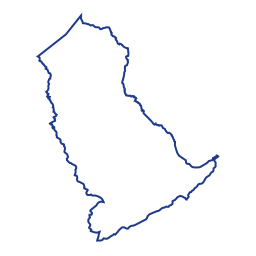 Loreto, Loreto, Peru
{"feature_id": "86281439B27227740990867", "entity_name": "Loreto", "entity_type": "district", "adm_level": 2, "iso_a3": "PER", "parent_name": "Peru", "parent_adm1": "Loreto", "projection": "albers", "projection_center": [-75.325, -3.761], "detail": "fine", "context": "isolated", "style": "outline", "palette": "blue", "viewbox_px": 256, "rotation_deg": 0, "n_neighbors": 0, "source": "geoboundaries", "source_scale": "gbopen_adm2", "svg_char_len": 5718}
<svg xmlns="http://www.w3.org/2000/svg" viewBox="0 0 256 256"><path d="M97.2,240.6L100.6,240.5L102.0,240.2L102.7,239.6L103.0,238.9L103.7,238.4L106.4,238.8L108.2,238.2L110.7,236.3L112.9,235.1L113.7,234.3L114.5,234.2L115.2,234.6L117.8,231.8L119.2,229.9L121.8,227.6L122.5,227.3L124.4,227.4L126.1,228.4L127.8,228.7L129.6,226.8L131.1,225.9L133.9,225.5L135.3,224.9L146.2,219.2L146.8,218.4L147.5,216.4L148.8,214.9L149.9,214.1L156.5,211.3L158.7,210.8L162.6,207.8L164.1,207.7L166.2,206.6L167.8,206.9L168.6,206.8L169.3,205.7L171.1,205.0L172.4,204.0L172.6,203.3L172.5,201.9L172.7,201.0L175.1,199.9L177.5,197.2L178.8,196.5L180.2,195.9L182.6,196.6L183.9,197.5L185.1,197.8L185.7,199.0L186.4,199.6L186.7,199.6L187.1,198.6L188.3,197.4L188.7,196.5L188.3,195.9L188.2,194.9L189.8,192.3L191.2,192.0L192.1,190.6L193.4,190.1L194.5,188.4L196.0,187.4L197.3,186.0L197.8,185.0L199.1,183.9L201.0,183.8L202.4,183.2L203.3,182.2L204.4,180.6L205.1,179.1L206.5,177.2L209.5,175.3L210.6,173.4L211.7,172.2L213.0,171.5L213.4,170.6L213.6,168.3L215.2,167.1L215.7,166.1L215.5,165.3L215.7,162.9L215.4,162.2L214.1,160.4L214.1,159.8L215.5,158.4L218.0,156.7L218.2,156.4L216.9,155.5L216.4,156.0L214.8,157.2L213.0,158.1L212.8,159.4L212.1,160.2L208.7,161.1L207.6,162.4L205.9,163.7L200.2,167.0L199.2,167.3L196.0,167.5L193.6,167.3L192.1,166.9L191.4,166.3L189.3,164.0L187.5,163.8L186.6,163.4L186.2,162.9L185.8,160.3L179.3,155.9L177.8,153.9L176.9,151.9L174.9,145.3L175.0,141.7L174.3,141.4L174.1,139.9L173.7,139.5L172.7,137.0L171.9,136.0L172.1,135.5L171.6,134.8L171.2,134.6L170.6,133.7L169.9,133.2L169.1,133.0L169.0,132.8L167.9,133.0L166.8,132.2L165.4,130.2L164.8,128.8L162.9,128.0L162.0,125.9L161.5,125.4L161.0,125.3L159.7,125.5L159.3,125.3L159.2,125.6L158.4,125.4L158.1,125.0L156.5,124.8L156.0,124.3L155.7,123.6L154.6,124.6L153.9,124.3L151.0,120.7L143.9,113.6L143.5,112.7L143.6,111.5L143.9,111.1L143.2,110.3L142.7,110.3L142.0,110.8L141.7,110.7L141.6,110.3L142.0,109.4L141.4,108.2L141.3,107.1L140.8,105.9L140.9,105.5L140.3,105.3L139.9,104.8L139.7,103.6L138.7,103.1L138.2,103.1L138.1,102.5L137.4,102.0L136.9,102.0L136.4,101.8L136.0,101.4L135.9,100.9L135.4,100.4L135.1,100.5L135.4,99.8L135.4,99.3L136.3,98.4L135.9,97.8L134.9,97.4L134.6,96.9L134.4,97.2L133.9,97.2L133.5,96.8L133.6,96.4L132.8,95.9L131.7,96.4L131.0,96.1L130.8,96.2L130.7,95.9L130.1,95.7L129.4,95.7L128.9,95.9L128.0,95.6L127.5,95.7L126.9,95.3L126.1,95.3L125.9,94.7L125.6,94.4L125.6,93.8L125.0,93.1L124.6,91.8L125.0,90.7L124.4,90.1L124.8,88.7L124.1,87.9L123.6,86.0L123.5,84.3L123.1,83.6L122.4,83.3L122.2,82.2L122.6,80.6L123.0,79.9L122.9,79.3L123.4,78.1L124.1,74.7L124.3,72.4L125.0,71.0L124.9,68.4L125.0,66.4L125.6,65.7L126.5,65.5L127.1,65.0L127.3,64.1L128.0,62.4L127.7,61.1L127.9,60.7L127.8,59.8L127.3,59.6L126.8,59.0L126.0,57.2L126.1,56.7L126.7,56.2L127.2,56.0L127.6,56.1L128.2,55.9L128.5,53.4L128.2,51.8L128.2,50.6L127.8,49.2L128.0,48.3L127.6,48.1L126.7,48.2L124.6,47.3L123.3,46.3L122.3,45.1L121.8,44.9L120.9,44.0L119.7,43.7L119.2,44.4L117.8,43.5L116.7,40.6L115.8,39.7L115.6,39.0L116.1,38.4L115.9,37.8L115.0,37.2L114.6,36.6L113.3,36.2L112.8,36.2L112.0,35.0L111.5,34.8L111.4,33.8L111.7,32.9L111.0,32.4L111.1,31.7L110.4,30.8L110.2,29.7L109.1,27.6L108.5,27.3L106.3,27.3L105.1,27.8L103.3,28.0L102.1,28.8L100.6,29.2L100.2,29.1L99.3,27.8L99.0,27.5L98.2,27.3L95.9,27.2L94.9,26.9L92.9,25.1L90.7,25.4L90.0,25.1L88.4,24.1L87.7,24.1L85.5,23.4L82.9,23.2L82.6,22.0L81.0,18.6L80.9,17.3L81.1,16.1L81.1,15.4L65.9,34.4L37.8,56.5L39.1,57.1L39.6,57.7L39.7,59.8L39.4,60.6L39.7,60.7L39.9,61.1L40.2,61.3L40.7,61.2L40.9,61.6L41.5,61.8L42.3,63.3L43.5,64.2L43.4,64.5L44.3,65.2L45.1,66.6L45.3,66.7L45.6,66.6L46.3,67.1L46.4,68.2L45.8,68.8L46.7,69.3L47.5,69.6L48.7,73.0L50.2,73.4L50.3,74.1L50.8,75.0L50.8,76.0L50.4,76.9L50.3,78.6L49.4,78.9L49.0,79.5L48.8,80.4L48.3,81.4L48.3,82.3L48.5,83.2L49.1,83.8L48.8,84.8L48.3,85.7L48.5,87.9L48.2,89.6L47.2,91.0L46.2,91.8L46.8,92.6L48.5,94.0L48.4,94.2L47.6,94.8L47.6,95.5L48.3,96.0L48.1,96.7L47.4,96.9L48.2,98.0L49.2,97.0L49.7,97.0L49.3,97.9L49.1,98.9L49.8,99.2L49.8,100.2L50.5,100.8L50.7,101.9L51.2,102.3L51.6,103.2L52.3,103.5L53.0,105.1L53.2,106.3L52.8,107.3L53.4,107.5L53.5,108.9L53.8,109.4L53.5,111.7L54.2,111.7L54.3,112.3L55.6,114.0L56.7,114.7L55.8,116.2L55.0,116.7L54.1,116.8L53.6,117.3L54.2,117.9L54.3,118.7L54.9,118.9L55.1,120.8L52.4,122.0L51.4,122.7L49.9,123.5L50.0,123.7L50.3,124.1L50.9,124.4L51.7,124.2L51.9,124.3L52.3,125.0L52.3,125.7L52.9,126.2L52.4,127.2L52.5,127.8L52.7,128.1L53.2,127.7L53.8,127.0L54.2,127.1L54.3,129.6L54.7,130.3L56.1,131.5L56.4,132.2L56.6,133.3L56.4,135.1L56.9,136.1L56.8,137.4L58.1,138.0L60.2,139.4L60.6,140.4L60.5,141.9L61.6,143.7L63.3,144.1L64.0,144.5L63.9,146.0L64.1,146.4L64.7,146.8L65.0,148.7L64.5,151.0L64.5,152.0L64.7,152.3L67.2,154.3L67.9,156.5L67.9,157.4L66.8,158.7L67.0,160.2L68.9,162.2L69.5,162.6L69.9,163.0L71.2,163.2L72.0,164.0L74.8,165.3L76.0,166.3L76.3,167.8L76.0,168.5L76.0,169.0L75.4,169.8L75.6,171.3L75.5,172.9L74.7,175.2L75.3,175.5L76.6,175.7L76.9,176.1L77.3,177.5L76.9,179.4L77.5,181.0L77.9,181.4L79.7,182.0L83.3,183.9L84.0,185.1L84.4,186.9L84.4,187.4L84.1,187.8L84.2,188.3L87.7,189.9L87.6,190.4L86.6,191.9L86.3,192.6L86.5,193.6L87.1,194.7L87.7,195.0L88.9,195.0L89.8,195.0L91.1,194.5L91.7,195.2L92.4,195.5L95.2,195.5L97.6,196.2L100.5,197.6L101.4,198.3L102.3,199.4L103.5,201.8L103.6,202.1L102.4,201.8L100.3,201.7L98.8,202.3L97.7,203.3L96.4,205.4L90.6,210.1L90.3,210.9L91.7,212.5L92.0,213.2L91.9,213.8L91.5,214.7L89.9,214.6L89.5,214.8L89.4,215.7L90.0,217.3L88.6,219.1L88.3,220.0L88.4,222.0L90.0,224.2L90.3,225.0L90.2,225.7L89.1,227.4L89.1,227.8L89.6,228.4L91.3,229.6L91.3,229.8L90.8,230.5L90.7,231.1L94.1,232.2L96.0,232.6L97.2,232.6L99.6,231.8L98.8,234.4L98.3,237.2L97.5,239.2L97.2,240.6Z" fill="none" stroke="#1e3a8a" stroke-width="2"/></svg>